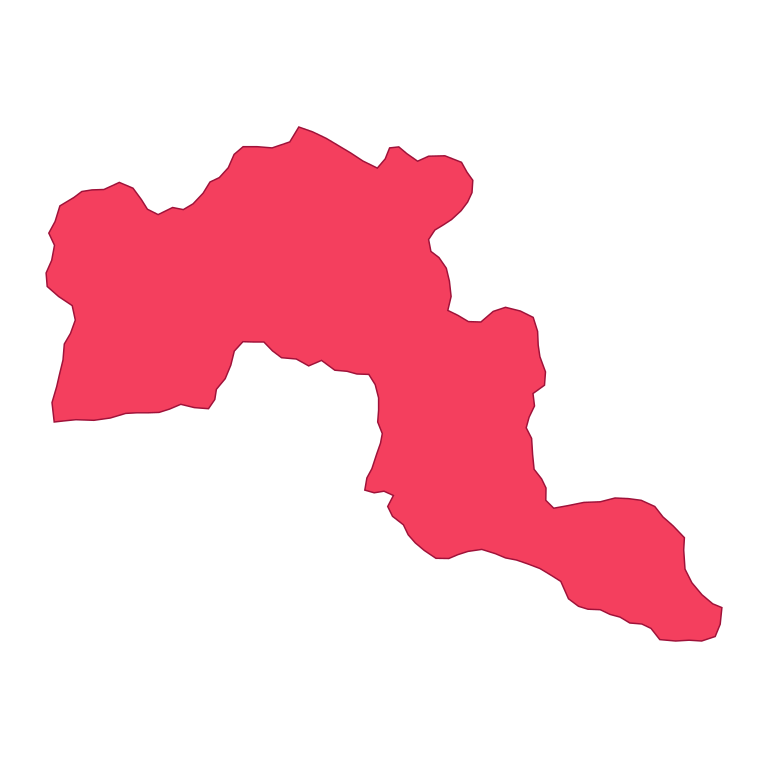 outline of Itanhandu, Minas Gerais, Brazil
{"feature_id": "56859067B19026376287302", "entity_name": "Itanhandu", "entity_type": "district", "adm_level": 2, "iso_a3": "BRA", "parent_name": "Brazil", "parent_adm1": "Minas Gerais", "projection": "mercator", "projection_center": [-44.912, -22.329], "detail": "fine", "context": "isolated", "style": "filled", "palette": "rose", "viewbox_px": 768, "rotation_deg": 0, "n_neighbors": 0, "source": "geoboundaries", "source_scale": "gbopen_adm2", "svg_char_len": 2305}
<svg xmlns="http://www.w3.org/2000/svg" viewBox="0 0 768 768"><path d="M461.5,162.3L444.9,155.8L428.6,156.2L417.6,161.2L406.9,153.7L398.8,146.9L389.6,147.9L385.2,158.9L377.3,168.1L362.9,161.0L350.9,153.1L337.7,145.2L326.3,138.4L312.7,131.9L298.8,127.0L289.8,141.9L272.1,147.9L257.3,146.7L243.1,146.7L234.1,154.4L228.3,167.7L219.3,177.6L210.0,182.0L203.1,193.2L193.1,203.8L183.3,209.6L172.6,207.5L158.1,214.6L147.4,209.2L141.4,199.6L133.0,188.2L119.3,182.4L103.9,189.5L92.0,189.9L81.8,191.5L74.0,197.4L59.9,205.9L55.1,221.5L48.8,233.1L54.5,245.3L51.7,260.3L46.1,273.0L47.2,286.5L58.6,296.5L72.2,305.6L75.3,320.1L70.5,333.4L64.3,344.0L63.0,360.0L59.5,374.4L56.7,386.6L52.0,402.6L54.2,422.0L64.0,420.9L75.9,419.7L93.9,420.3L110.3,418.0L125.7,413.4L136.6,412.8L147.8,412.8L159.1,412.4L169.5,409.1L180.8,404.3L194.3,407.6L208.5,408.7L214.8,399.5L216.4,389.3L225.2,378.7L230.8,365.2L234.3,351.1L242.9,341.7L254.4,342.0L263.9,342.0L272.5,350.9L281.5,357.7L296.3,359.0L308.7,365.9L321.5,360.4L334.8,370.2L347.1,371.3L356.9,374.0L368.8,374.4L375.2,384.6L378.6,397.9L378.6,410.1L377.7,422.0L382.3,433.6L380.5,443.2L376.7,454.0L371.9,468.7L366.9,477.9L364.8,490.1L374.2,492.8L384.0,491.2L393.4,495.5L387.7,506.5L392.5,516.3L403.4,524.8L408.2,534.8L415.3,542.9L424.2,550.4L435.9,558.3L448.8,558.5L458.0,554.6L468.0,551.4L481.8,549.4L495.5,553.7L505.5,557.9L516.4,560.0L527.2,563.7L539.9,568.5L550.5,574.9L560.8,581.4L568.5,598.8L578.5,606.3L587.9,609.2L600.2,609.7L610.0,614.4L620.0,617.1L629.8,623.0L641.8,624.0L651.0,628.4L659.8,639.6L675.6,641.0L689.1,640.2L701.7,641.0L715.2,636.5L720.2,624.2L721.9,607.6L712.7,603.8L701.9,594.7L691.9,582.8L685.0,569.1L683.7,550.0L684.4,537.7L673.1,525.9L662.9,516.9L654.8,506.5L641.2,500.3L628.3,498.6L615.0,498.0L600.2,501.8L583.9,502.4L567.6,505.7L553.7,508.2L545.8,500.3L546.0,488.0L541.6,478.9L534.1,469.3L532.6,454.4L531.6,438.4L526.2,427.8L529.1,417.2L534.5,406.0L533.0,393.5L544.5,385.2L545.5,371.9L539.9,356.7L538.2,345.1L537.6,331.4L533.2,317.4L520.3,311.0L505.5,307.3L493.2,311.4L480.9,322.0L468.4,321.6L458.0,315.4L447.8,310.4L451.1,296.5L449.4,281.1L446.3,268.2L439.0,257.6L430.9,251.4L428.6,239.5L434.9,230.0L443.8,224.6L451.7,219.4L461.1,210.7L467.6,202.1L472.0,192.6L472.8,180.3L467.0,172.2L461.5,162.3Z" fill="#f43f5e" stroke="#9f1239" stroke-width="1.5"/></svg>